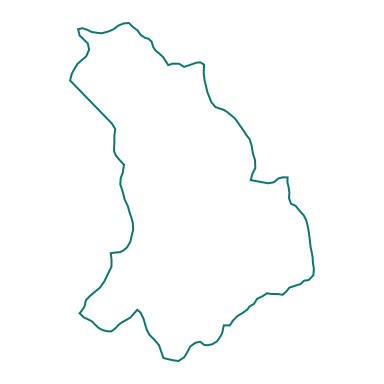 Brodowski, São Paulo, Brazil
{"feature_id": "56859067B88717252017859", "entity_name": "Brodowski", "entity_type": "district", "adm_level": 2, "iso_a3": "BRA", "parent_name": "Brazil", "parent_adm1": "São Paulo", "projection": "equal_earth", "projection_center": [-47.633, -21.044], "detail": "fine", "context": "isolated", "style": "outline", "palette": "teal", "viewbox_px": 384, "rotation_deg": 0, "n_neighbors": 0, "source": "geoboundaries", "source_scale": "gbopen_adm2", "svg_char_len": 2147}
<svg xmlns="http://www.w3.org/2000/svg" viewBox="0 0 384 384"><path d="M287.6,177.4L282.8,177.3L278.5,178.4L273.8,182.3L268.2,183.3L250.7,180.1L252.5,173.6L255.3,168.1L255.0,160.2L252.9,153.3L251.7,146.0L249.7,139.3L246.3,135.0L243.9,131.1L235.0,118.5L226.9,111.8L223.8,109.9L215.5,107.1L211.3,102.1L207.4,92.2L204.7,80.7L203.7,73.7L204.1,64.6L200.4,62.4L196.7,62.6L189.5,65.1L184.1,66.9L179.2,63.8L172.8,63.6L168.2,65.1L163.4,57.4L158.9,53.2L155.5,50.5L153.3,47.2L151.6,41.6L148.7,38.9L145.0,37.7L140.7,35.0L137.6,30.5L132.6,26.8L128.9,23.0L123.5,23.5L118.6,25.5L113.1,29.5L107.7,31.7L101.6,33.3L96.3,32.7L91.4,31.9L87.8,30.0L82.3,28.2L78.1,29.2L79.6,35.5L83.6,39.3L87.8,43.4L89.1,49.7L86.2,56.4L81.5,60.3L77.5,63.9L75.3,67.4L71.8,73.7L70.1,80.5L111.8,123.4L115.3,129.1L114.4,135.3L114.3,142.7L114.0,150.9L115.7,155.3L119.7,160.1L124.0,164.8L122.7,173.0L120.7,178.1L120.3,184.5L122.7,191.7L124.7,199.6L128.0,206.5L129.5,212.2L131.4,217.7L132.8,223.1L133.2,229.7L131.7,235.5L130.4,241.6L127.1,247.3L123.6,250.3L120.0,252.2L115.5,252.5L110.7,253.2L111.5,259.5L111.5,266.6L108.1,273.5L104.5,281.1L100.0,287.6L94.7,292.0L89.7,296.2L85.9,300.2L84.5,306.4L82.4,309.8L79.6,313.3L83.9,317.5L87.9,319.3L91.7,321.2L94.9,324.4L98.6,327.9L102.6,330.1L107.6,331.3L111.3,331.3L115.1,328.6L118.6,324.8L121.5,322.6L125.8,320.2L130.4,317.5L134.3,313.1L137.3,309.8L140.6,312.6L143.7,319.3L145.2,324.8L146.8,329.9L149.4,334.8L154.9,340.3L159.0,345.2L161.0,351.1L163.5,358.1L167.6,359.0L172.6,360.2L178.5,361.0L184.2,357.3L187.3,352.1L190.3,346.4L195.4,342.8L200.1,341.7L204.3,345.0L207.7,345.2L212.4,344.2L217.2,341.2L220.5,336.3L222.3,332.6L223.8,325.4L229.8,325.4L233.1,320.4L237.4,316.1L243.1,312.6L247.2,309.6L249.8,306.2L253.8,304.1L257.1,298.8L262.6,296.2L266.9,293.3L271.5,294.0L277.8,294.0L282.6,294.8L286.0,291.8L289.4,287.6L294.9,285.8L300.5,284.1L304.1,280.7L308.7,280.0L313.3,275.3L313.9,268.8L313.0,263.4L312.6,257.2L311.8,252.8L310.5,246.3L309.8,239.9L309.2,235.2L308.2,228.3L306.3,220.5L303.9,215.6L299.2,210.4L295.6,205.8L291.0,203.8L289.0,198.1L289.4,192.9L288.6,187.2L287.4,182.1L287.6,177.4Z" fill="none" stroke="#0f766e" stroke-width="2"/></svg>